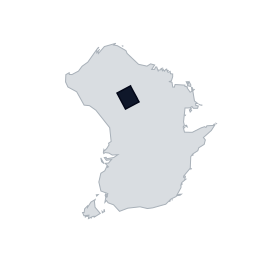 Ngaanyatjarraku, Western Australia, Australia shown in context, rotated 62°
{"feature_id": "25037944B86885707589826", "entity_name": "Ngaanyatjarraku", "entity_type": "district", "adm_level": 2, "iso_a3": "AUS", "parent_name": "Australia", "parent_adm1": "Western Australia", "projection": "mercator", "projection_center": [128.838, -25.094], "detail": "fine", "context": "in_parent", "style": "filled", "palette": "ink", "viewbox_px": 256, "rotation_deg": 62, "n_neighbors": 0, "source": "geoboundaries", "source_scale": "gbopen_adm2", "svg_char_len": 4084}
<svg xmlns="http://www.w3.org/2000/svg" viewBox="0 0 256 256"><g transform="rotate(62 128 128)"><path d="M169.3,55.6L171.8,65.9L174.8,65.3L178.2,68.4L178.7,74.8L180.8,77.0L181.3,82.9L182.7,86.0L192.7,91.9L196.6,101.5L197.7,102.0L197.9,100.3L200.1,102.0L200.4,101.2L201.4,106.1L202.7,107.6L205.5,109.2L211.1,117.7L210.9,123.4L213.0,130.4L210.1,143.7L208.2,148.7L203.2,154.4L198.7,165.8L197.6,174.6L189.0,176.8L184.7,180.7L182.0,181.0L182.8,183.3L178.6,180.0L179.2,179.2L178.9,178.4L178.2,178.4L176.8,179.8L175.8,178.9L177.5,177.6L176.5,176.6L170.9,181.5L162.0,179.1L155.2,173.2L154.9,168.6L151.8,164.5L153.1,164.7L153.1,163.5L148.5,164.7L149.8,161.7L148.1,157.3L146.4,162.3L143.0,162.8L143.6,161.1L145.2,161.1L147.4,154.4L146.8,149.4L144.5,154.6L141.2,156.6L138.9,159.8L139.2,161.4L137.9,161.2L135.7,159.4L137.1,159.4L136.1,156.3L134.0,152.7L132.3,152.3L132.0,149.2L119.1,144.0L97.2,148.0L90.2,151.5L87.2,156.0L71.9,156.3L63.6,161.8L58.0,161.5L51.7,157.8L51.6,154.0L53.1,154.7L54.5,152.4L54.5,145.0L51.9,139.5L51.0,132.6L44.0,118.7L46.8,120.2L45.1,116.0L46.3,118.4L48.3,119.2L45.0,110.6L47.5,99.0L48.0,101.7L50.4,98.7L58.7,93.5L61.7,93.8L76.7,88.8L82.3,82.2L82.0,77.9L84.9,74.9L87.4,79.6L88.7,77.0L87.1,75.1L87.6,74.0L92.4,74.7L90.9,74.3L91.9,72.4L91.1,70.8L93.7,70.6L92.7,69.4L94.9,69.2L94.1,67.4L96.0,65.5L96.2,66.6L97.7,66.5L97.8,64.2L100.0,65.0L101.3,63.2L103.7,64.5L106.8,67.6L106.2,70.1L108.3,67.7L112.8,69.3L113.7,67.9L111.7,66.0L116.9,57.6L117.9,58.2L119.7,56.1L120.3,57.0L125.6,56.3L125.5,54.3L121.9,52.8L122.5,52.3L135.3,56.6L139.0,55.0L138.1,56.7L139.7,57.6L141.6,55.6L143.3,57.3L141.3,61.0L139.1,61.4L139.2,64.1L137.1,68.3L148.7,76.1L151.9,76.9L152.9,78.8L158.2,80.1L162.0,73.3L162.2,63.5L162.8,59.8L164.1,58.9L163.1,57.3L166.3,50.3L169.3,55.6ZM175.8,191.6L182.5,194.3L190.4,192.6L190.9,200.2L190.4,198.8L189.6,200.4L189.4,205.5L186.6,203.4L184.8,208.1L181.3,207.8L182.0,206.4L179.0,204.2L177.8,200.3L179.1,201.0L176.0,195.5L175.8,191.6ZM115.9,52.3L119.6,52.3L120.7,53.4L118.3,55.5L115.9,52.3ZM141.6,166.1L148.2,165.9L145.4,167.1L141.6,166.1ZM142.3,63.5L143.1,65.6L140.8,65.3L141.1,63.8L142.3,63.5ZM210.7,116.7L210.5,114.1L211.5,111.9L211.8,113.5L210.7,116.7ZM188.5,187.2L190.7,187.8L190.8,188.8L188.5,187.2ZM115.5,52.9L116.8,55.0L114.5,54.9L115.5,52.9ZM173.4,187.6L172.1,187.4L172.8,185.6L173.4,187.6ZM154.8,75.2L153.7,75.9L152.6,76.2L153.1,75.0L154.8,75.2ZM44.0,118.1L43.1,116.8L43.0,115.7L44.0,118.1ZM190.3,189.8L191.2,190.6L189.5,190.0L190.3,189.8ZM202.2,106.5L203.0,106.5L203.0,107.6L202.2,106.5ZM181.5,82.8L182.6,83.5L182.4,83.9L181.5,82.8ZM186.5,206.2L186.6,207.5L185.8,207.1L186.5,206.2ZM212.2,124.4L212.3,125.8L212.2,125.8L212.2,124.4ZM125.3,52.2L124.7,51.7L125.1,51.4L125.3,52.2ZM142.5,52.3L141.6,53.4L142.6,51.6L142.5,52.3ZM212.3,122.7L211.9,123.1L212.2,122.6L212.3,122.7ZM143.8,71.5L143.3,71.7L143.6,71.2L143.8,71.5ZM140.5,63.4L139.9,63.6L140.3,62.9L140.5,63.4ZM53.4,93.6L53.2,94.4L52.9,94.4L53.4,93.6ZM165.3,49.8L165.2,50.5L165.0,50.0L165.3,49.8ZM178.2,178.8L178.4,179.4L178.1,179.2L178.2,178.8ZM141.3,53.7L140.1,54.4L141.4,53.5L141.3,53.7ZM94.2,66.4L93.8,66.9L94.1,66.3L94.2,66.4ZM187.0,205.3L186.6,205.6L186.8,205.1L187.0,205.3ZM154.3,77.8L153.6,77.8L153.9,77.3L154.3,77.8ZM91.7,70.2L91.4,70.5L91.4,69.8L91.7,70.2ZM190.2,202.6L189.6,203.0L189.8,202.3L190.2,202.6ZM165.7,47.9L165.6,48.3L165.2,48.1L165.7,47.9ZM177.9,179.6L178.4,180.1L177.5,179.9L177.9,179.6ZM193.9,91.8L193.4,91.8L193.6,91.3L193.9,91.8ZM197.5,100.2L197.3,100.2L197.5,99.7L197.5,100.2ZM176.1,190.7L175.9,191.1L175.7,190.5L176.1,190.7Z" fill="#d9dde1" stroke="#a8b0b8" stroke-width="1"/><path d="M110.1,117.8L110.1,116.3L110.1,109.2L110.1,107.8L110.1,106.0L108.0,106.1L105.2,106.0L97.6,106.1L95.4,106.1L93.6,106.1L92.5,106.1L92.0,106.0L92.0,110.5L92.0,115.1L92.0,121.3L93.4,121.3L96.6,121.3L99.5,121.3L102.4,121.3L107.3,121.3L108.4,121.3L110.1,121.3L110.1,121.2L110.1,120.9L110.1,120.7L110.1,120.4L110.1,120.2L110.1,119.9L110.1,119.7L110.1,119.4L110.1,119.2L110.1,118.9L110.1,118.6L110.1,118.4L110.1,118.2L110.1,117.9L110.1,117.8Z" fill="#0f172a" stroke="#020617" stroke-width="1.5"/></g></svg>